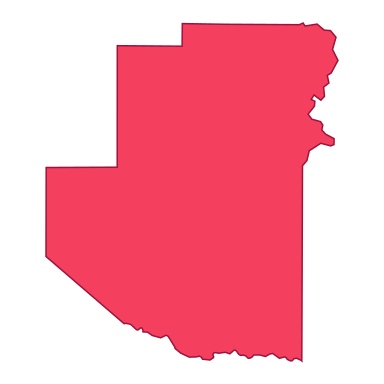 outline of Terrell, Texas, United States of America
{"feature_id": "52423323B84594382337875", "entity_name": "Terrell", "entity_type": "district", "adm_level": 2, "iso_a3": "USA", "parent_name": "United States of America", "parent_adm1": "Texas", "projection": "natural_earth1", "projection_center": [-101.952, 30.22], "detail": "fine", "context": "isolated", "style": "filled", "palette": "rose", "viewbox_px": 384, "rotation_deg": 0, "n_neighbors": 0, "source": "geoboundaries", "source_scale": "gbopen_adm2", "svg_char_len": 1286}
<svg xmlns="http://www.w3.org/2000/svg" viewBox="0 0 384 384"><path d="M124.1,323.7L125.8,323.3L130.2,324.2L131.5,325.1L136.6,329.8L138.1,329.9L140.6,327.9L141.8,328.0L142.8,329.5L143.0,331.9L147.4,332.1L152.3,335.5L160.7,337.8L166.0,335.3L166.8,335.5L168.2,336.4L174.6,346.7L175.2,348.6L180.7,353.1L189.2,357.1L196.7,356.9L199.1,356.1L201.3,357.1L202.5,359.2L210.0,360.0L213.4,357.7L213.7,357.0L212.9,354.3L213.5,353.2L214.9,352.6L218.9,353.2L225.3,352.3L229.9,353.8L234.0,350.2L235.3,350.2L236.6,351.3L238.8,354.4L240.6,355.4L242.9,355.1L245.6,355.7L248.2,358.3L250.5,358.0L252.1,357.0L253.7,355.0L260.0,355.0L265.5,356.5L269.6,354.1L272.7,353.5L279.5,358.3L284.7,356.9L286.4,358.0L287.3,359.4L290.4,360.9L292.3,360.7L293.9,358.7L296.6,358.3L301.1,360.3L301.8,361.0L302.5,165.7L306.9,160.6L309.3,150.7L320.8,143.3L330.7,145.9L334.0,144.6L334.1,138.7L325.7,134.2L321.8,130.0L322.8,125.0L320.5,121.6L311.9,119.2L308.1,114.2L314.5,106.1L314.9,101.2L311.2,99.5L314.0,95.0L320.9,100.2L324.5,96.3L323.6,87.1L328.9,83.0L327.3,75.4L331.2,73.0L338.0,60.4L332.5,49.5L336.0,37.3L330.5,30.6L324.2,30.1L317.1,24.1L305.0,26.0L303.1,23.0L299.3,24.7L226.7,24.3L182.3,23.6L182.1,46.2L117.3,45.7L117.2,167.2L46.2,167.5L46.0,256.5L124.1,323.7Z" fill="#f43f5e" stroke="#9f1239" stroke-width="1.5"/></svg>